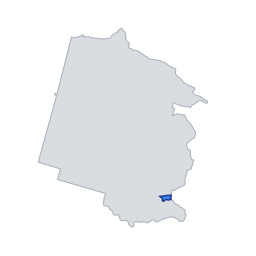 location of Buram, Southern Darfur, Sudan, rotated 286°
{"feature_id": "16777658B28433170293690", "entity_name": "Buram", "entity_type": "district", "adm_level": 2, "iso_a3": "SDN", "parent_name": "Sudan", "parent_adm1": "Southern Darfur", "projection": "orthographic", "projection_center": [25.179, 10.759], "detail": "fine", "context": "in_parent", "style": "filled", "palette": "blue", "viewbox_px": 256, "rotation_deg": 286, "n_neighbors": 0, "source": "geoboundaries", "source_scale": "gbopen_adm2", "svg_char_len": 4205}
<svg xmlns="http://www.w3.org/2000/svg" viewBox="0 0 256 256"><g transform="rotate(286 128 128)"><path d="M175.9,197.1L173.8,197.1L173.5,196.6L173.5,195.2L173.7,194.1L174.5,192.4L174.3,191.5L174.3,190.1L173.7,188.6L168.5,184.4L167.4,183.2L164.6,182.2L165.1,181.0L163.7,172.0L164.2,171.0L164.3,169.4L164.3,168.1L164.9,165.7L164.9,164.8L159.4,164.8L159.4,165.8L159.7,166.9L159.7,167.4L152.1,167.6L155.2,171.0L155.4,172.5L155.3,174.5L155.3,175.7L155.5,176.5L156.4,178.0L156.3,178.3L156.2,178.7L150.8,183.5L150.0,185.7L149.3,186.9L147.7,188.8L142.8,193.9L142.0,194.3L138.2,194.5L137.9,194.6L137.6,194.9L137.4,194.8L134.1,191.9L128.6,188.5L125.0,190.4L124.0,191.1L124.0,192.8L123.5,193.7L122.5,194.6L119.8,195.2L118.4,195.8L116.8,196.8L115.2,198.4L115.0,199.2L115.2,199.9L106.0,200.0L105.3,199.4L104.0,196.8L103.0,197.0L94.6,196.7L93.3,197.0L90.9,198.1L89.7,198.3L88.5,197.8L84.0,192.6L83.0,192.0L82.0,190.8L81.1,190.2L80.7,189.8L80.6,189.3L80.7,188.1L80.4,187.4L79.7,187.2L73.7,188.5L72.8,188.3L71.6,188.5L71.1,188.7L70.6,189.4L70.5,190.9L70.4,191.6L69.9,192.4L68.2,194.1L67.9,194.9L67.9,196.8L67.8,197.8L67.6,198.3L66.8,199.0L66.5,199.4L66.2,201.9L65.3,203.4L65.1,204.0L65.0,205.1L64.9,205.4L62.2,206.2L61.2,206.8L60.5,207.6L60.4,208.0L59.2,207.7L57.7,207.5L54.9,207.2L53.8,206.8L53.2,206.2L53.4,204.7L53.1,204.4L52.7,204.1L52.4,203.4L52.5,202.6L54.0,200.9L54.3,200.0L54.7,195.6L54.6,194.3L53.4,191.8L50.7,187.6L50.1,186.7L46.7,183.2L46.3,182.7L45.5,181.2L46.4,178.0L46.5,177.1L46.3,176.2L45.4,175.5L44.7,175.4L43.7,174.6L43.0,174.2L42.4,173.4L42.1,172.3L42.4,168.5L42.2,168.0L41.3,167.9L41.1,167.6L41.2,166.9L40.7,164.7L40.2,162.9L40.5,161.9L39.8,160.6L38.5,160.0L35.8,160.4L34.9,160.3L34.4,160.1L34.0,159.6L33.8,159.0L34.0,158.1L34.7,156.5L35.7,155.2L37.7,154.0L38.2,153.4L38.5,152.7L38.5,151.8L38.4,151.0L38.2,150.2L37.7,149.1L37.1,147.9L37.1,147.1L37.4,146.5L37.9,145.8L39.9,144.4L41.8,143.3L42.2,142.9L42.0,142.4L41.1,141.4L40.9,139.5L40.4,138.3L41.4,137.3L42.1,136.9L43.3,136.7L43.7,136.3L43.9,135.5L43.9,134.7L44.3,134.2L44.8,133.0L45.3,132.5L46.8,131.1L47.1,130.2L47.2,129.3L46.8,126.7L47.7,125.6L48.8,124.7L50.4,124.8L52.8,124.6L54.5,124.2L55.7,124.3L58.4,124.8L58.7,124.6L58.8,123.9L59.1,74.4L70.1,74.4L70.3,51.1L138.5,50.5L139.1,50.4L140.0,48.2L140.5,48.0L141.2,48.1L141.4,48.6L141.0,50.4L199.9,48.6L200.2,51.3L200.8,53.4L202.7,56.3L204.3,57.9L204.8,58.8L204.9,59.2L204.9,59.6L204.4,59.2L203.7,58.9L203.7,60.3L204.2,63.2L205.0,65.2L204.7,67.1L205.0,70.3L206.0,74.1L206.0,76.6L207.7,82.3L209.1,85.4L209.8,86.2L210.6,86.5L212.0,86.8L214.3,88.3L216.0,89.9L216.7,90.8L217.6,91.7L218.1,91.5L218.4,91.3L219.0,92.0L221.8,93.6L222.2,94.4L221.3,95.2L220.3,96.6L219.9,97.9L219.6,98.3L218.8,99.1L218.7,99.5L218.3,99.8L217.9,99.8L217.0,100.3L216.2,100.2L215.4,100.4L215.1,100.8L214.5,101.0L213.6,101.2L212.3,102.3L211.1,102.9L210.7,103.3L210.2,105.5L209.8,106.0L208.0,106.2L207.1,106.4L205.9,106.2L205.4,106.3L205.2,106.7L205.1,108.5L205.2,109.3L204.3,111.4L204.8,115.3L204.0,118.2L203.9,118.9L203.0,121.2L202.6,122.1L201.6,126.4L201.1,127.8L200.1,129.2L201.7,139.5L201.0,142.7L201.1,144.4L200.6,147.0L200.1,148.2L199.4,149.6L198.8,151.2L198.3,153.4L198.0,157.4L197.9,157.7L194.6,158.3L193.6,158.6L192.9,159.1L192.1,160.2L190.6,163.0L189.8,164.8L188.5,167.2L186.9,168.9L186.6,169.7L186.4,171.2L185.9,173.6L185.4,175.3L185.6,176.7L185.1,179.0L185.3,180.2L184.7,180.9L184.0,181.5L183.5,181.7L181.1,180.1L179.6,181.3L178.6,182.8L177.9,184.4L178.4,187.7L178.4,188.4L178.2,189.2L176.7,192.4L176.3,193.9L175.9,196.5L175.9,197.1Z" fill="#d9dde1" stroke="#a8b0b8" stroke-width="1"/><path d="M71.3,189.0L71.4,188.9L71.4,188.7L71.5,188.7L71.8,188.5L71.9,188.4L72.0,188.3L72.4,188.3L72.5,188.4L72.7,188.2L72.8,188.2L73.0,188.2L73.3,188.1L73.6,188.2L73.8,188.2L74.0,188.2L74.3,188.2L74.5,188.1L74.8,187.9L74.9,188.0L75.0,188.0L75.1,187.9L75.3,187.9L75.0,187.0L74.7,186.3L74.6,186.0L73.5,183.1L73.1,182.3L72.8,181.6L71.5,178.7L71.4,178.4L71.0,177.5L70.7,178.3L70.6,178.6L70.1,179.5L69.9,179.9L69.5,180.7L68.7,180.9L68.1,180.9L68.1,181.0L67.8,181.3L67.3,181.7L67.4,182.5L68.8,183.3L69.5,184.1L69.8,184.8L69.9,185.8L70.0,186.9L70.6,187.9L71.2,188.7L71.3,189.0Z" fill="#3b82f6" stroke="#1e3a8a" stroke-width="1.5"/></g></svg>